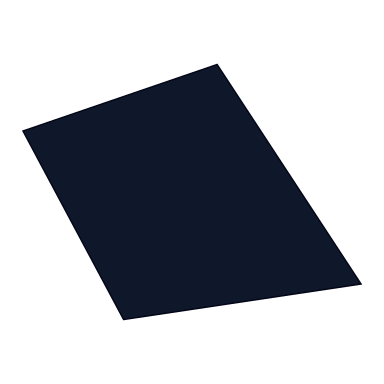 Vlahita, Harghita, Romania
{"feature_id": "2599482B60669636608871", "entity_name": "Vlahita", "entity_type": "district", "adm_level": 2, "iso_a3": "ROU", "parent_name": "Romania", "parent_adm1": "Harghita", "projection": "robinson", "projection_center": [25.466, 46.352], "detail": "fine", "context": "isolated", "style": "filled", "palette": "ink", "viewbox_px": 384, "rotation_deg": 0, "n_neighbors": 0, "source": "geoboundaries", "source_scale": "gbopen_adm2", "svg_char_len": 190}
<svg xmlns="http://www.w3.org/2000/svg" viewBox="0 0 384 384"><path d="M361.0,284.0L217.1,64.5L23.0,131.0L123.6,319.5L361.0,284.0Z" fill="#0f172a" stroke="#020617" stroke-width="1.5"/></svg>